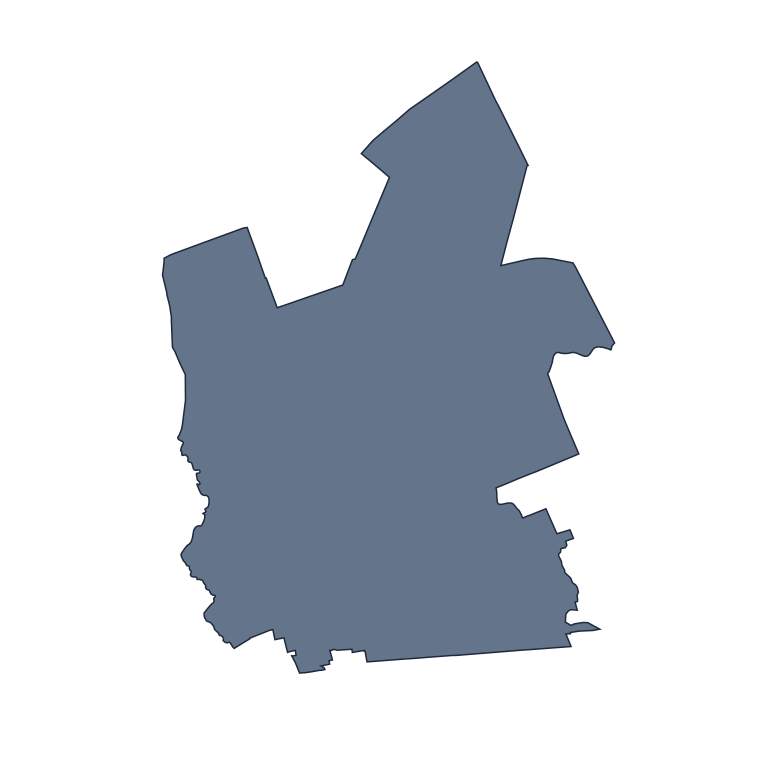 Mihai Bravu, Giurgiu, Romania, rotated 258°
{"feature_id": "2599482B97305638724228", "entity_name": "Mihai Bravu", "entity_type": "district", "adm_level": 2, "iso_a3": "ROU", "parent_name": "Romania", "parent_adm1": "Giurgiu", "projection": "mercator", "projection_center": [26.044, 44.127], "detail": "fine", "context": "isolated", "style": "filled", "palette": "slate", "viewbox_px": 768, "rotation_deg": 258, "n_neighbors": 0, "source": "geoboundaries", "source_scale": "gbopen_adm2", "svg_char_len": 6152}
<svg xmlns="http://www.w3.org/2000/svg" viewBox="0 0 768 768"><g transform="rotate(258 384 384)"><path d="M638.4,552.0L678.9,542.5L679.7,541.6L666.9,512.3L657.4,489.9L647.5,466.3L639.3,451.5L631.6,436.9L624.9,424.5L623.7,422.7L621.9,420.2L618.6,415.9L614.1,409.7L601.0,420.0L585.0,432.3L551.6,409.1L524.3,390.3L512.2,381.8L512.2,379.0L489.4,364.3L480.8,295.4L512.2,290.8L512.2,289.9L536.9,286.8L565.6,282.7L565.6,281.6L565.8,279.6L565.6,277.3L555.6,207.5L555.0,203.6L554.4,200.9L553.4,197.6L552.8,195.1L552.7,195.0L549.9,194.5L540.2,191.3L536.7,190.0L519.0,190.5L515.6,190.2L514.1,190.3L504.8,190.6L492.9,189.9L492.2,189.6L489.2,189.0L484.2,188.2L463.8,184.7L459.7,186.1L458.1,186.5L447.4,188.5L434.5,191.6L409.2,186.4L385.1,178.0L384.3,177.5L382.3,176.8L381.0,176.0L377.3,173.6L374.9,171.3L373.9,171.1L372.9,171.3L372.4,171.6L369.2,175.3L368.8,175.6L368.5,175.6L367.9,175.3L366.9,174.7L364.1,172.6L361.4,171.3L361.0,171.3L360.4,171.7L359.6,172.0L358.9,172.0L357.7,171.7L356.8,171.6L356.2,171.8L356.0,172.2L356.0,174.9L355.7,175.3L354.4,176.3L353.4,176.8L352.7,177.0L352.1,176.9L351.2,176.6L349.7,176.2L349.2,176.3L348.5,176.7L348.0,177.5L347.6,178.4L347.3,178.9L346.7,179.3L346.1,179.5L344.8,179.7L342.3,179.8L340.7,180.0L339.6,180.4L338.8,181.7L338.6,182.7L338.5,184.6L338.3,185.3L337.9,185.7L336.7,185.8L336.1,185.6L335.7,185.4L335.4,185.1L335.3,184.8L335.4,183.9L335.6,182.9L335.5,182.1L334.9,181.7L334.1,181.6L331.2,181.6L329.5,181.5L328.7,181.6L327.5,182.5L325.9,183.1L325.4,183.3L324.6,183.2L324.2,182.9L324.0,182.4L324.1,182.1L324.6,181.2L325.1,180.5L324.6,180.2L323.9,180.2L322.3,180.6L317.7,181.4L314.7,182.3L313.9,182.8L313.3,183.5L312.6,184.6L312.2,185.7L312.1,186.5L311.7,187.4L311.1,188.1L310.2,188.5L309.1,188.9L307.8,188.9L305.1,188.4L303.7,188.0L301.7,187.1L300.7,186.6L300.1,186.0L299.5,184.1L299.1,183.2L298.8,182.8L296.5,183.4L296.3,183.3L295.6,182.6L295.4,181.1L294.9,180.0L293.2,181.5L291.0,181.0L289.4,180.4L288.0,179.6L285.3,177.6L284.1,176.7L283.3,175.6L283.3,174.7L283.6,173.9L283.8,173.2L283.8,172.1L283.6,171.2L283.0,170.0L282.3,169.0L280.6,167.5L274.1,164.9L273.0,164.5L270.4,162.9L269.3,162.2L268.0,160.4L267.0,158.0L265.7,156.2L262.1,152.3L260.2,150.5L259.3,150.0L258.6,149.9L258.0,149.9L255.8,150.3L252.8,151.0L251.2,152.1L250.4,152.4L249.1,152.9L247.9,153.1L247.3,153.5L247.1,153.9L246.8,154.7L246.5,155.2L245.9,155.6L245.4,155.6L244.2,155.3L243.5,155.3L243.0,155.3L242.4,155.5L241.1,156.3L240.5,156.4L240.1,156.4L239.6,156.3L238.5,155.3L238.0,155.1L237.1,155.0L236.2,155.4L235.7,155.9L235.3,156.5L234.3,159.7L233.8,160.4L233.6,160.6L231.6,160.6L231.4,162.4L231.2,163.0L230.1,164.8L229.4,165.7L229.0,165.9L227.2,166.2L224.3,167.5L223.5,167.6L222.0,167.2L221.3,167.2L220.4,167.6L219.7,168.3L219.3,168.8L218.9,169.6L218.4,170.2L217.8,170.4L217.0,170.4L216.1,170.7L215.1,171.0L214.2,171.5L213.6,172.0L213.2,172.7L212.4,174.4L211.8,174.9L211.3,175.0L210.2,173.4L209.7,172.9L209.3,172.7L206.7,172.7L206.0,172.2L205.5,171.5L204.8,169.9L203.4,167.8L200.4,164.0L198.7,162.1L198.0,161.0L197.3,160.4L196.6,160.2L194.6,159.9L193.5,159.9L192.6,160.0L189.6,161.0L188.9,161.4L188.6,161.7L188.2,162.3L188.0,162.8L187.5,163.7L187.2,164.1L186.2,165.0L184.5,166.0L182.6,166.9L181.8,167.1L180.3,167.1L179.3,167.3L178.1,167.9L177.5,168.3L175.4,169.9L174.4,170.3L173.7,170.4L172.6,170.7L172.2,171.2L171.6,172.4L170.4,173.4L169.9,173.7L169.2,174.0L168.7,174.0L168.1,174.0L166.5,173.3L166.2,173.4L165.3,174.2L164.2,175.0L163.9,175.9L163.4,176.8L163.5,177.6L163.6,179.0L163.3,179.3L162.9,179.6L161.0,180.4L158.2,181.4L156.5,182.5L158.5,187.9L162.7,199.8L163.3,200.0L166.8,220.6L166.9,224.2L156.6,224.2L156.6,227.2L156.5,233.4L154.8,233.4L143.3,233.8L141.5,233.9L141.8,235.4L141.8,236.2L141.9,241.8L136.9,241.6L137.0,238.7L137.3,237.2L129.6,239.4L118.8,241.3L118.8,241.8L118.0,246.7L117.6,253.3L117.4,259.8L117.3,261.6L117.0,262.9L117.0,266.8L118.8,266.5L121.3,263.8L121.3,272.6L124.7,272.6L124.8,276.2L132.4,275.8L134.7,275.6L134.3,277.1L134.7,278.8L134.8,279.9L133.3,283.0L131.2,297.5L128.0,297.2L127.8,302.5L127.5,309.1L126.7,309.1L126.6,309.9L115.7,309.6L110.4,349.3L109.8,352.9L106.9,375.0L106.4,378.6L104.3,394.2L104.0,395.9L103.8,396.5L103.3,399.8L99.1,431.9L95.0,463.7L93.6,473.4L88.6,510.3L88.3,512.4L101.6,510.0L101.0,514.5L102.2,514.5L101.7,523.5L99.5,537.0L99.3,544.1L108.1,533.8L109.3,529.7L109.8,520.3L109.0,516.7L113.4,511.9L121.0,514.0L123.3,516.6L124.5,519.4L122.6,526.0L131.0,525.6L131.0,528.0L132.6,528.5L137.4,529.0L139.9,530.9L145.0,530.7L147.7,529.6L150.5,527.0L154.8,526.4L155.9,525.9L161.9,521.7L164.2,521.9L169.7,520.4L173.9,520.6L179.4,519.1L181.4,519.5L182.7,521.6L186.3,523.0L186.1,527.1L188.2,529.3L192.5,529.0L193.6,537.2L202.7,535.6L201.6,522.0L228.3,516.4L225.3,499.1L225.1,497.2L224.1,491.8L224.3,491.6L227.5,491.2L229.7,490.6L232.1,489.8L233.1,489.2L233.7,488.7L234.5,488.2L238.1,486.5L238.6,486.1L239.2,485.9L239.8,485.4L240.7,484.4L241.3,483.0L241.6,481.7L241.9,479.8L241.8,476.8L241.8,474.3L242.2,472.5L242.6,471.4L243.0,470.8L243.9,470.5L245.1,470.4L248.6,470.7L250.8,471.0L254.9,471.8L259.1,472.0L261.1,483.4L262.9,492.7L263.1,493.8L263.4,495.2L266.2,511.5L266.6,514.5L267.9,521.6L275.1,560.0L308.0,553.6L313.3,552.7L360.3,546.2L360.7,546.9L361.2,547.5L361.6,547.9L363.1,548.9L365.6,550.5L370.2,553.1L374.7,554.9L376.3,555.9L377.0,556.4L377.6,557.1L378.6,558.7L378.7,559.1L378.8,560.2L378.7,560.9L377.6,563.2L376.9,564.8L376.4,566.4L376.0,568.2L375.7,570.6L375.7,572.3L375.6,575.2L375.4,576.0L375.0,577.1L374.2,578.7L372.9,580.7L372.2,581.6L371.5,582.7L370.7,583.6L370.1,584.9L369.5,585.8L369.2,586.9L369.1,588.2L369.2,589.4L369.4,589.9L370.7,591.8L374.3,595.5L375.1,596.5L375.6,597.6L375.8,599.7L375.8,600.7L375.8,601.4L375.7,601.8L375.5,602.4L375.2,603.2L374.3,605.9L374.0,606.5L373.4,607.5L371.8,610.6L371.3,611.4L370.3,612.8L370.2,613.0L370.3,613.2L370.6,613.5L372.3,614.1L373.9,615.1L374.6,616.0L375.0,616.5L375.5,617.0L375.8,617.6L376.2,618.1L458.6,595.6L463.1,594.1L471.2,575.2L473.6,567.4L474.8,561.5L475.5,557.1L475.9,552.3L475.9,544.7L475.5,522.9L500.1,535.2L518.1,544.5L567.9,569.4L567.8,570.4L588.0,565.3L632.4,553.8L638.4,552.0Z" fill="#64748b" stroke="#1e293b" stroke-width="1.5"/></g></svg>